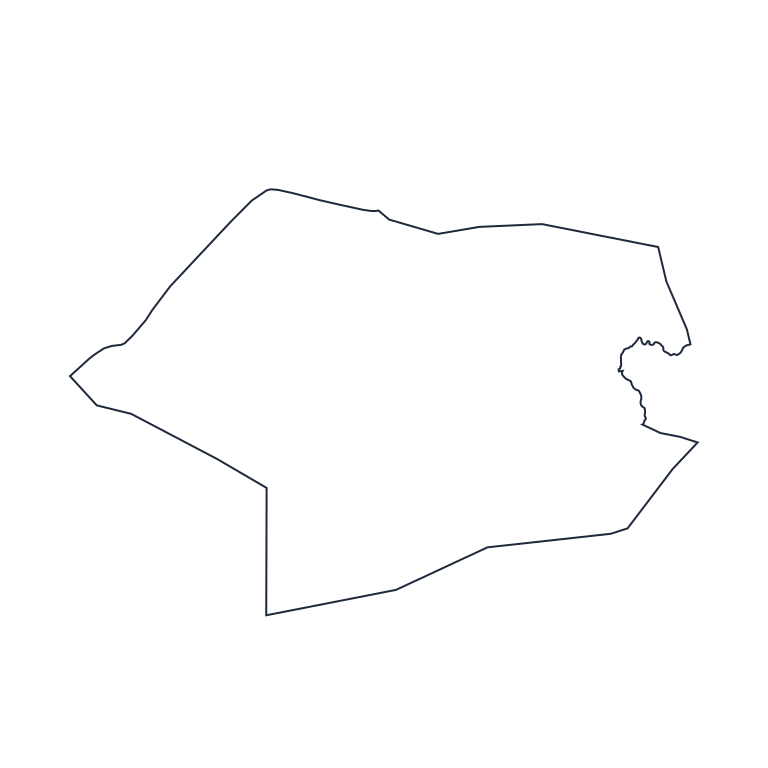 outline of Bama, Borno, Nigeria, rotated 171°
{"feature_id": "59680162B41357004175190", "entity_name": "Bama", "entity_type": "district", "adm_level": 2, "iso_a3": "NGA", "parent_name": "Nigeria", "parent_adm1": "Borno", "projection": "robinson", "projection_center": [13.793, 11.51], "detail": "fine", "context": "isolated", "style": "outline", "palette": "slate", "viewbox_px": 768, "rotation_deg": 171, "n_neighbors": 0, "source": "geoboundaries", "source_scale": "gbopen_adm2", "svg_char_len": 2339}
<svg xmlns="http://www.w3.org/2000/svg" viewBox="0 0 768 768"><g transform="rotate(171 384 384)"><path d="M217.4,202.2L183.5,200.6L166.0,203.3L112.3,254.8L83.4,277.2L99.7,285.4L118.8,292.4L135.2,303.6L134.1,304.0L133.1,305.6L132.4,307.2L131.1,308.3L130.8,309.0L130.8,310.0L131.4,310.9L131.4,312.2L131.3,313.1L130.7,314.5L130.5,315.7L130.4,316.7L130.4,317.8L130.3,318.9L130.7,319.7L132.0,320.9L132.6,321.7L133.2,322.6L133.5,323.5L133.5,325.6L133.1,327.1L132.4,328.7L131.9,330.3L131.8,331.6L132.0,333.2L132.4,334.7L132.8,336.0L133.4,337.4L134.2,338.1L135.6,338.6L136.7,339.6L138.0,340.9L138.7,342.9L139.3,344.7L139.5,346.2L139.9,348.2L141.1,349.1L142.4,350.0L143.7,350.9L144.9,352.0L145.4,352.9L145.5,353.0L146.2,354.1L147.3,355.9L147.1,358.3L146.2,359.6L150.0,359.7L150.0,361.8L149.4,362.0L148.9,362.2L148.3,362.5L147.9,364.0L147.2,364.4L146.5,367.3L146.5,369.0L146.1,370.8L146.0,372.5L145.6,374.4L145.0,376.0L143.6,377.2L142.2,379.1L141.3,380.4L139.9,380.9L138.6,381.1L137.4,381.1L136.2,381.5L134.6,382.5L133.2,382.4L132.5,383.0L131.5,384.0L129.9,385.0L128.7,386.2L127.5,387.4L126.4,388.2L125.5,389.7L124.5,390.0L123.6,389.5L123.1,388.6L122.9,387.7L122.9,386.7L122.7,385.3L122.2,383.7L121.2,382.5L119.6,382.3L118.6,382.9L117.8,384.3L116.4,385.1L115.5,384.5L115.2,383.6L115.6,382.5L115.4,381.7L114.2,380.9L112.6,380.7L111.5,381.0L110.6,382.3L109.4,382.8L108.3,382.6L107.1,382.1L105.8,381.2L104.6,380.0L103.5,378.3L102.5,376.8L102.5,375.7L102.8,374.1L102.2,372.5L100.8,371.5L98.9,370.2L97.5,368.8L96.4,367.5L95.0,367.7L93.6,368.1L92.4,368.1L91.1,367.3L89.8,366.7L88.4,367.4L87.2,367.9L85.7,369.0L84.8,370.2L83.8,371.3L83.2,372.7L81.7,373.7L79.4,374.8L75.1,375.2L76.3,390.5L89.1,441.3L89.4,445.4L91.8,476.4L202.9,517.2L265.5,524.3L307.1,523.8L353.2,545.6L362.3,556.2L366.0,556.2L370.3,557.1L377.7,559.4L386.1,562.7L393.8,565.7L401.8,568.8L418.9,575.7L428.2,579.8L444.5,586.9L458.3,592.3L465.3,594.0L469.6,593.6L481.6,587.9L485.7,586.0L493.4,580.4L499.8,575.7L509.4,568.7L525.7,556.1L532.3,550.9L547.2,539.4L559.9,529.5L579.8,514.0L601.2,493.4L609.3,484.3L625.2,470.8L633.9,464.7L637.6,463.8L647.1,464.2L655.0,463.0L665.0,458.5L671.1,455.2L681.4,448.4L692.9,440.9L671.0,407.8L638.4,394.1L559.5,335.2L554.3,330.9L516.2,299.7L527.5,229.7L536.5,174.0L404.3,178.8L307.4,206.5L217.4,202.2Z" fill="none" stroke="#1e293b" stroke-width="2"/></g></svg>